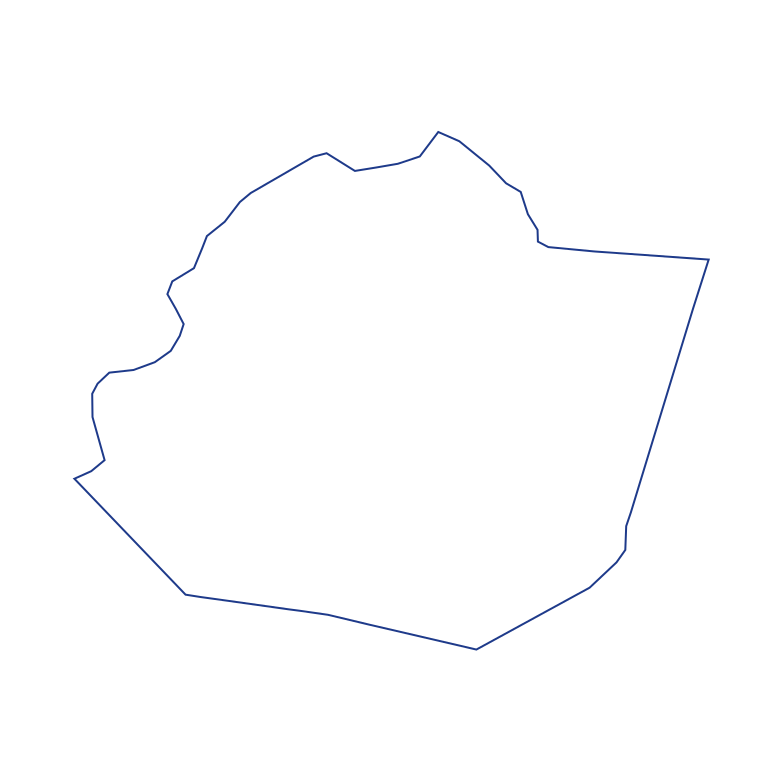 Minador do Negrão, Alagoas, Brazil, rotated 16°
{"feature_id": "56859067B35076407558238", "entity_name": "Minador do Negrão", "entity_type": "district", "adm_level": 2, "iso_a3": "BRA", "parent_name": "Brazil", "parent_adm1": "Alagoas", "projection": "albers", "projection_center": [-36.881, -9.333], "detail": "fine", "context": "isolated", "style": "outline", "palette": "blue", "viewbox_px": 768, "rotation_deg": 16, "n_neighbors": 0, "source": "geoboundaries", "source_scale": "gbopen_adm2", "svg_char_len": 801}
<svg xmlns="http://www.w3.org/2000/svg" viewBox="0 0 768 768"><g transform="rotate(16 384 384)"><path d="M355.7,155.4L336.6,168.5L316.9,178.0L297.3,187.2L265.2,178.0L253.7,184.8L203.2,237.2L195.3,248.8L186.2,271.9L173.0,290.6L171.8,303.7L169.4,325.0L152.2,343.7L151.0,357.3L163.2,369.2L174.9,381.6L174.4,394.0L169.9,410.9L157.7,426.2L139.3,439.6L116.8,448.8L108.6,462.6L106.2,473.8L112.9,496.1L136.4,534.2L126.6,548.5L112.5,560.4L251.3,641.2L266.6,639.3L280.5,637.3L354.3,626.9L365.5,625.2L393.8,621.3L436.1,619.4L546.0,613.8L637.8,523.1L656.7,491.3L661.7,477.0L656.0,453.9L656.7,439.4L660.3,226.5L661.8,174.9L549.7,198.6L504.2,207.1L492.7,204.7L489.1,193.5L475.5,181.1L462.5,161.7L446.0,157.4L424.9,145.0L389.5,129.9L366.7,126.8L355.7,155.4Z" fill="none" stroke="#1e3a8a" stroke-width="2"/></g></svg>